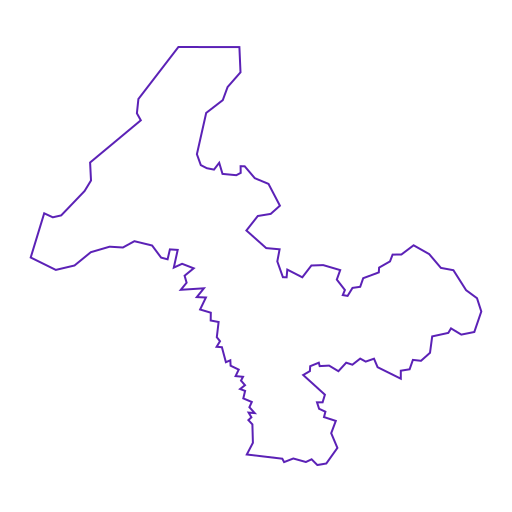 Tambacounda, Tambacounda, Senegal (orthographic projection)
{"feature_id": "50182788B74600736318601", "entity_name": "Tambacounda", "entity_type": "district", "adm_level": 2, "iso_a3": "SEN", "parent_name": "Senegal", "parent_adm1": "Tambacounda", "projection": "orthographic", "projection_center": [-13.284, 13.521], "detail": "medium", "context": "isolated", "style": "outline", "palette": "violet", "viewbox_px": 512, "rotation_deg": 0, "n_neighbors": 0, "source": "geoboundaries", "source_scale": "gbopen_adm2", "svg_char_len": 1911}
<svg xmlns="http://www.w3.org/2000/svg" viewBox="0 0 512 512"><path d="M239.4,47.1L178.4,47.0L138.4,99.0L136.9,113.3L140.8,120.3L90.1,162.5L91.0,180.5L84.6,191.0L61.2,215.4L52.8,217.3L44.2,213.3L30.7,257.5L55.8,269.9L74.5,265.5L90.8,252.2L109.6,246.7L122.9,247.5L134.4,241.2L152.1,245.5L161.1,257.6L167.6,259.3L169.9,249.4L177.7,249.9L173.8,267.6L182.1,263.8L193.7,268.3L184.6,275.7L186.6,282.7L180.8,289.8L203.9,288.3L196.8,297.1L205.9,297.5L200.1,309.5L210.8,312.7L210.7,320.5L218.6,322.0L216.8,337.2L220.0,341.2L216.6,346.8L221.9,347.2L225.9,362.2L230.3,360.3L230.6,365.7L238.7,369.6L235.6,376.1L243.0,376.8L241.0,380.6L245.0,385.2L240.1,389.0L245.1,390.9L243.3,398.4L251.8,402.0L249.4,407.2L254.7,413.1L248.6,412.6L251.4,417.3L248.4,420.1L252.4,424.4L252.9,442.8L246.8,454.5L282.3,458.7L284.1,462.1L293.3,458.5L305.9,462.0L311.6,459.3L317.3,465.0L326.3,463.5L337.4,447.9L331.2,433.2L335.8,420.9L324.0,417.1L325.4,411.7L319.1,408.8L317.0,402.3L322.6,402.3L324.9,394.7L303.2,375.0L309.9,371.1L310.2,366.2L318.8,362.7L319.7,366.1L329.1,365.6L338.4,371.2L346.2,362.7L352.4,364.7L360.2,358.6L365.7,361.6L374.0,358.7L377.6,367.2L400.8,378.7L400.8,370.7L409.6,369.3L412.9,359.9L421.0,360.8L430.0,352.8L432.2,336.4L448.3,332.9L451.0,328.4L461.3,334.6L474.3,332.0L481.3,311.5L477.0,298.2L466.1,290.2L453.4,270.2L440.9,267.9L429.2,254.1L413.6,245.3L401.4,254.5L392.6,254.6L390.0,261.4L379.1,267.6L378.8,272.4L363.2,278.2L360.2,286.8L352.5,287.9L347.6,295.9L342.8,295.1L344.9,290.0L336.8,279.6L340.2,270.1L323.2,265.1L311.4,265.5L302.3,277.3L287.3,269.6L286.6,277.3L282.9,277.2L277.3,261.4L279.6,249.3L266.2,248.1L246.4,230.5L257.8,216.0L270.7,213.9L279.9,205.7L268.5,183.9L254.8,178.2L244.7,166.3L240.6,166.2L240.7,172.9L236.3,175.2L222.5,173.9L219.2,162.8L214.0,169.6L206.8,168.2L200.8,165.1L196.9,154.2L206.2,112.9L222.8,100.1L227.6,87.0L240.5,72.3L239.4,47.1Z" fill="none" stroke="#5b21b6" stroke-width="2"/></svg>